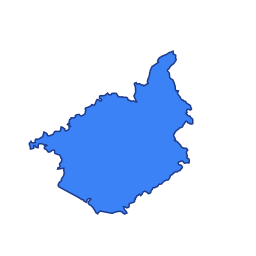 the district of Santa Cecília, Santa Catarina, Brazil, rotated 37°
{"feature_id": "56859067B99160038311244", "entity_name": "Santa Cecília", "entity_type": "district", "adm_level": 2, "iso_a3": "BRA", "parent_name": "Brazil", "parent_adm1": "Santa Catarina", "projection": "albers", "projection_center": [-50.467, -26.885], "detail": "fine", "context": "isolated", "style": "filled", "palette": "blue", "viewbox_px": 256, "rotation_deg": 37, "n_neighbors": 0, "source": "geoboundaries", "source_scale": "gbopen_adm2", "svg_char_len": 5589}
<svg xmlns="http://www.w3.org/2000/svg" viewBox="0 0 256 256"><g transform="rotate(37 128 128)"><path d="M106.8,216.0L107.9,216.5L109.4,216.4L129.8,213.3L132.9,213.0L134.0,213.1L135.4,212.2L136.6,212.9L138.2,212.5L139.3,212.6L139.1,211.1L138.6,209.6L139.0,208.2L140.1,207.2L141.1,207.1L141.0,208.4L140.8,210.0L141.0,211.7L142.4,212.3L143.5,212.5L144.7,212.2L146.0,212.3L147.3,212.5L148.3,212.7L149.1,213.2L150.3,213.5L151.6,213.9L152.6,214.7L154.1,214.9L155.4,214.8L155.2,213.5L155.5,212.3L155.9,211.0L166.1,206.0L167.3,205.0L167.8,203.7L168.6,202.6L169.6,201.5L170.4,200.4L171.7,199.5L173.5,198.6L175.4,198.9L176.9,198.9L177.7,197.5L178.3,196.5L176.9,195.8L175.1,195.5L173.9,195.1L173.0,194.5L171.9,193.5L173.5,192.6L174.8,192.7L176.0,191.4L176.2,190.0L175.4,189.1L174.7,188.1L175.1,186.6L176.2,185.4L177.3,183.8L177.4,182.4L176.6,181.8L176.8,180.3L175.9,179.5L176.3,178.2L175.9,176.8L176.7,175.5L176.8,173.9L178.9,174.3L179.0,172.2L178.5,170.5L179.2,168.6L180.7,168.1L182.0,167.8L183.6,168.2L184.6,167.4L185.0,165.9L184.3,164.6L184.3,163.2L184.2,162.1L183.9,160.8L185.0,159.8L185.7,158.9L186.1,157.9L186.7,157.0L186.7,155.6L186.5,154.3L188.4,152.7L188.5,151.1L188.7,149.1L189.7,147.1L190.7,145.8L191.5,145.0L191.3,143.4L191.1,141.8L190.4,140.4L191.3,138.7L191.5,137.3L191.8,135.9L192.1,134.7L193.6,133.6L194.1,131.7L195.2,130.5L195.0,128.9L195.3,127.4L194.7,126.3L193.1,125.8L191.9,126.0L191.0,126.6L189.8,126.5L188.7,125.2L189.6,123.8L190.4,122.5L191.0,121.7L192.1,121.6L193.3,122.1L194.4,122.1L195.3,121.0L196.5,119.8L197.7,119.3L197.2,117.9L196.0,116.6L194.9,116.0L193.9,116.4L192.7,116.3L192.5,115.2L191.5,114.0L190.3,113.4L189.6,112.6L188.9,111.1L189.0,109.7L188.1,109.3L186.9,109.1L185.8,109.7L184.6,110.6L183.3,110.8L182.0,111.0L180.2,110.1L177.4,109.6L175.8,109.4L174.8,109.2L173.8,109.8L172.7,110.0L172.7,108.5L170.5,107.4L169.4,106.9L168.4,105.9L168.5,104.5L168.1,103.2L168.2,101.4L168.5,99.7L169.1,98.4L169.0,97.2L170.0,95.9L170.7,94.5L170.6,93.3L170.1,91.7L170.5,90.7L170.2,89.3L170.1,87.9L171.2,87.3L172.5,87.8L173.5,87.5L175.2,87.3L176.5,86.5L177.1,85.4L176.1,84.3L175.3,83.1L174.2,82.0L171.9,81.9L170.3,81.2L168.7,82.1L167.3,81.6L166.1,81.8L165.3,81.3L165.8,79.9L164.4,79.2L164.1,77.5L165.6,76.4L166.9,76.2L167.4,74.9L166.8,74.1L165.6,73.7L164.5,72.6L163.4,72.5L162.4,72.6L160.1,73.0L158.9,72.4L157.5,72.2L156.4,72.9L155.3,72.5L153.9,73.1L152.7,72.9L150.5,71.7L148.8,71.4L147.5,71.1L146.4,70.1L146.0,68.0L144.9,68.5L144.5,69.5L143.2,69.0L142.0,68.1L141.4,67.3L140.3,66.0L138.9,65.2L137.9,64.3L136.7,63.6L135.6,63.0L134.4,62.5L133.2,62.9L131.9,62.8L130.8,62.5L130.0,61.6L129.1,60.5L128.0,59.5L127.0,59.0L126.0,58.9L124.8,58.5L124.6,57.2L125.1,56.0L124.7,54.8L124.8,53.3L125.0,51.8L125.2,50.6L125.7,49.5L125.7,48.3L125.6,47.2L125.7,45.8L125.1,44.0L123.6,43.5L123.2,42.3L122.3,41.2L120.8,41.3L119.6,41.6L118.7,40.4L117.7,39.5L117.1,40.5L116.6,41.7L115.6,42.7L115.3,43.8L114.8,45.0L114.4,46.2L113.5,47.5L112.9,48.8L112.1,49.9L111.7,51.1L111.0,52.5L110.8,53.9L110.9,55.4L111.4,56.8L112.8,57.1L110.2,64.8L110.6,65.9L110.8,67.4L111.3,69.0L111.9,70.0L112.2,71.1L112.9,72.2L113.5,73.4L114.0,74.7L114.4,76.6L115.1,78.4L116.0,79.8L117.2,80.3L115.2,84.9L113.8,84.7L112.9,85.6L111.8,85.5L110.4,85.7L109.4,86.8L108.3,87.6L107.3,86.8L106.5,87.7L106.4,88.9L107.5,89.8L109.1,90.7L110.0,91.8L110.8,92.5L111.6,93.6L112.6,94.9L113.0,96.5L113.3,97.7L113.4,98.8L114.4,99.4L115.4,100.0L116.8,100.7L118.1,101.4L119.2,102.0L118.1,102.6L116.1,103.0L115.3,103.9L114.4,104.7L113.3,104.8L112.4,105.0L111.4,105.6L110.3,104.8L108.8,104.3L107.8,104.8L106.3,106.0L104.5,106.6L103.5,107.6L102.4,108.4L101.0,108.6L99.6,108.1L98.0,107.4L96.4,108.3L95.2,109.3L94.3,110.1L94.5,111.6L93.5,112.4L92.2,112.9L90.7,112.4L90.4,113.6L90.2,114.7L89.9,116.0L88.8,117.2L87.4,118.1L86.3,119.1L86.5,120.4L87.6,121.4L88.7,121.1L89.7,121.0L90.4,122.3L89.3,123.3L87.6,123.1L86.2,123.7L86.2,124.8L86.6,126.1L86.9,127.4L87.3,128.8L87.3,130.5L85.9,130.7L84.9,131.2L85.3,132.4L84.3,134.0L83.6,135.5L83.0,136.4L82.2,137.1L82.3,138.5L83.5,139.2L84.1,140.6L84.9,141.8L84.9,143.7L84.3,144.9L83.7,146.2L82.7,146.9L80.8,146.6L79.9,147.4L79.0,148.3L78.5,149.7L79.3,150.9L79.0,152.1L77.8,153.1L76.4,154.0L76.9,155.5L76.3,156.3L76.9,157.8L77.7,159.2L78.7,159.7L77.5,160.6L77.5,161.7L78.6,161.6L79.8,161.4L81.0,161.4L80.2,162.6L81.0,163.3L81.5,164.3L81.3,165.7L80.6,167.0L80.0,167.9L78.8,167.7L77.9,166.7L76.9,166.9L75.8,166.8L74.0,167.3L74.4,168.6L75.4,169.7L75.5,171.1L75.2,172.2L74.3,172.7L73.3,173.5L72.3,174.0L71.6,175.2L71.9,176.9L71.9,178.5L70.8,179.9L70.3,181.2L69.6,181.9L68.4,182.4L67.2,181.5L65.9,181.4L64.5,181.5L63.3,181.8L64.0,183.4L64.5,184.9L65.1,186.4L64.2,188.0L63.6,190.2L62.8,191.5L61.7,191.6L61.0,192.8L61.6,194.3L62.8,195.4L61.9,196.2L60.9,197.2L59.9,197.6L58.6,197.0L58.7,198.1L58.3,199.2L58.9,200.4L59.8,200.9L60.9,201.5L61.9,202.6L62.7,203.5L63.8,202.5L64.9,200.7L64.0,199.6L63.4,198.7L64.8,198.2L65.9,198.7L67.0,198.5L68.1,197.8L67.1,196.4L66.2,195.0L66.7,194.0L67.8,193.0L69.1,192.3L70.0,192.0L71.4,192.1L72.5,190.7L73.8,190.8L72.7,192.6L72.8,193.8L73.6,194.8L75.4,194.4L77.2,194.7L78.8,195.2L79.6,194.6L80.5,193.3L80.8,191.7L81.4,190.7L82.6,190.1L83.5,190.8L84.2,191.8L85.0,192.3L86.5,191.8L87.9,191.3L89.5,190.8L91.0,191.2L91.8,191.8L92.7,192.5L93.7,192.4L94.4,193.3L94.8,194.5L95.1,195.8L94.8,197.0L95.2,198.3L96.3,198.8L96.9,199.8L96.6,201.1L96.0,201.9L96.5,203.2L100.1,199.6L100.9,198.7L101.8,200.0L102.7,201.0L103.7,201.7L104.7,203.4L105.3,205.0L105.4,206.3L105.4,207.4L105.6,209.0L106.6,210.2L106.0,211.8L105.9,213.6L106.3,214.8L106.8,216.0Z" fill="#3b82f6" stroke="#1e3a8a" stroke-width="1.5"/></g></svg>